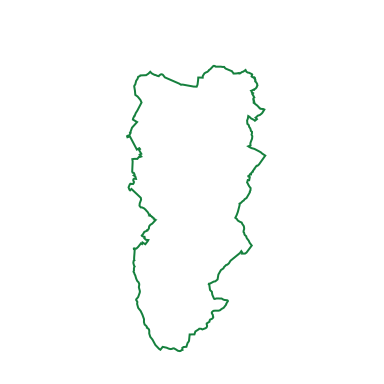 Ceica, Bihor, Romania, rotated 146°
{"feature_id": "2599482B26005184493765", "entity_name": "Ceica", "entity_type": "district", "adm_level": 2, "iso_a3": "ROU", "parent_name": "Romania", "parent_adm1": "Bihor", "projection": "orthographic", "projection_center": [22.182, 46.874], "detail": "fine", "context": "isolated", "style": "outline", "palette": "green", "viewbox_px": 384, "rotation_deg": 146, "n_neighbors": 0, "source": "geoboundaries", "source_scale": "gbopen_adm2", "svg_char_len": 5972}
<svg xmlns="http://www.w3.org/2000/svg" viewBox="0 0 384 384"><g transform="rotate(146 192 192)"><path d="M214.9,273.5L212.4,272.8L214.0,258.0L211.2,257.8L211.1,256.7L212.4,256.6L212.7,252.0L214.4,252.2L214.2,249.8L215.8,250.2L216.2,250.8L218.8,250.0L221.4,251.8L223.1,252.6L224.2,250.4L230.2,242.3L230.4,241.2L229.6,240.5L229.6,240.1L229.8,238.6L230.0,238.3L231.0,238.3L230.3,236.5L231.1,234.2L232.5,235.4L233.5,235.3L234.2,234.5L234.5,233.3L234.5,232.7L235.7,231.8L236.4,231.6L237.5,232.5L238.0,232.6L238.5,233.3L239.3,233.1L242.0,231.3L242.6,228.9L242.4,228.0L240.5,228.4L237.7,215.8L238.5,214.1L241.7,211.8L243.2,210.0L243.1,207.9L242.1,207.2L240.9,205.3L240.6,203.9L240.4,203.6L240.3,202.0L240.0,200.6L240.0,199.2L240.3,197.0L239.6,196.7L239.8,196.2L239.7,195.9L240.2,195.9L239.2,194.7L239.1,193.4L238.8,193.3L238.6,192.0L238.4,191.7L238.7,191.3L238.5,191.0L238.4,191.0L238.4,190.3L238.1,189.9L238.7,189.7L239.0,189.0L238.8,188.9L242.7,188.0L244.8,188.1L246.5,187.6L247.3,186.9L248.1,185.9L249.4,185.3L250.5,185.5L250.7,185.0L253.8,185.6L256.3,184.4L258.0,184.0L258.0,183.5L257.3,182.2L256.4,181.4L256.6,180.8L257.4,180.3L256.9,178.1L255.1,176.6L256.0,176.1L259.9,174.8L261.2,177.7L261.9,176.9L262.5,176.7L263.0,178.0L267.3,176.6L269.7,176.2L270.5,176.6L271.5,177.7L271.8,177.7L272.1,177.1L271.8,176.7L271.7,176.4L271.9,176.3L272.0,175.8L272.4,175.5L273.0,174.6L276.7,169.9L278.0,168.0L278.0,167.6L278.8,167.6L280.0,166.4L280.5,165.5L281.2,163.3L281.2,162.3L281.8,162.1L282.9,161.1L284.0,159.4L285.1,158.6L285.1,157.4L285.5,156.3L285.7,154.5L286.7,151.5L287.1,149.2L287.1,148.5L286.8,147.1L287.1,145.5L287.6,144.6L289.3,142.8L290.0,140.9L290.4,139.6L290.8,138.7L291.6,137.8L295.4,135.0L298.3,134.2L298.7,133.6L298.7,132.0L298.8,131.4L300.1,129.9L301.4,126.0L301.1,122.1L301.7,118.1L302.9,113.4L304.6,111.0L305.4,108.6L304.8,106.5L304.9,105.0L305.3,104.7L304.6,103.1L304.6,102.0L305.1,100.7L306.6,98.6L307.6,95.2L307.3,91.8L307.9,85.7L307.0,80.3L306.4,78.9L302.9,80.0L300.1,77.1L299.0,75.3L297.8,73.9L296.5,73.2L295.3,73.0L294.4,72.5L293.3,70.3L292.5,68.3L291.2,67.0L290.3,66.6L288.9,66.8L288.2,66.4L287.2,68.2L285.7,68.2L283.2,66.8L280.1,69.3L278.3,69.9L277.6,70.4L273.6,75.2L269.6,72.6L267.2,74.5L263.3,74.4L262.5,74.6L260.9,73.5L260.3,72.3L257.0,71.5L255.8,71.5L254.9,72.0L254.2,72.8L253.7,74.3L253.3,74.8L250.1,74.7L249.0,75.8L248.2,76.1L246.6,75.7L245.4,75.8L244.3,76.4L244.1,77.4L243.5,78.3L243.4,80.2L243.2,80.8L242.2,81.4L240.7,81.5L239.2,80.7L236.2,78.7L234.8,78.3L233.0,78.5L230.5,78.3L226.6,79.6L226.1,80.2L223.2,81.5L223.1,82.0L223.3,82.5L225.5,84.4L226.3,85.5L227.0,87.1L231.3,90.1L233.0,90.6L233.4,91.2L232.6,95.5L231.3,98.3L231.7,99.7L231.8,100.8L229.6,105.3L229.7,106.2L229.2,106.5L228.2,106.0L224.2,105.6L222.6,104.9L219.7,105.2L216.3,108.8L211.7,111.1L208.6,111.1L207.6,111.8L204.4,112.4L203.4,112.0L201.4,112.2L198.5,113.5L186.4,114.6L184.2,115.4L184.2,114.0L184.5,113.8L184.6,113.1L184.9,112.9L182.5,111.3L180.7,111.3L172.4,114.2L172.6,117.7L172.2,119.9L172.4,122.7L172.3,123.8L171.8,125.0L172.3,126.9L172.2,127.6L171.6,129.0L171.7,129.9L171.1,130.8L169.4,132.2L168.5,133.8L168.1,135.1L168.2,137.2L167.9,138.9L169.0,140.6L170.0,142.8L169.9,144.4L170.5,146.4L168.0,147.8L165.2,149.8L160.2,154.2L159.4,155.0L159.3,155.7L159.0,155.8L157.8,155.6L155.1,156.1L153.9,156.0L152.4,156.6L150.2,156.5L144.2,159.4L143.9,159.7L143.8,160.1L142.6,160.7L141.2,162.5L141.4,164.8L141.2,165.9L141.3,166.4L141.2,166.9L141.0,167.8L141.0,169.1L139.1,170.7L138.0,169.8L135.8,172.0L136.6,173.3L136.5,173.7L135.1,173.7L133.9,174.3L133.2,173.6L132.3,174.6L131.6,174.7L131.3,174.9L130.1,174.8L129.7,175.5L127.3,176.2L127.2,176.5L126.0,176.8L124.9,177.3L123.7,177.6L123.0,177.1L121.0,177.4L110.9,181.2L112.4,184.8L112.7,186.3L113.7,188.3L116.2,192.9L118.2,195.2L119.4,197.4L119.8,198.4L117.4,197.9L117.1,198.6L116.3,199.8L115.3,200.6L112.4,202.6L110.9,204.4L110.7,204.8L110.6,206.2L109.5,207.1L108.6,208.4L109.0,209.7L108.5,210.9L108.1,212.3L108.2,213.8L107.6,215.6L107.6,216.4L108.0,217.2L107.9,217.7L106.3,220.5L104.8,221.5L102.9,223.5L102.3,222.2L102.1,220.8L101.9,220.0L100.3,217.1L100.0,215.9L97.4,216.1L97.7,218.1L96.8,218.1L94.8,218.5L92.7,217.9L90.2,218.1L88.9,218.5L88.7,218.7L88.0,218.9L87.6,219.3L87.1,219.3L85.9,219.9L86.5,220.9L88.7,222.7L89.1,223.5L88.9,223.7L88.9,224.1L89.2,224.8L89.5,226.9L91.0,231.5L90.6,231.9L90.3,231.8L90.3,232.2L89.9,232.2L89.4,233.4L89.7,233.5L89.7,233.9L89.2,234.9L88.7,235.3L87.5,235.5L87.3,238.4L87.2,238.4L87.3,239.4L87.0,240.0L86.7,240.0L86.5,239.7L86.1,239.8L86.6,241.0L86.6,241.7L86.2,242.2L86.3,242.8L84.5,242.4L84.4,242.5L83.4,242.4L83.2,242.0L82.6,242.3L81.5,242.2L79.9,242.6L79.7,242.9L78.2,243.7L78.2,244.2L77.6,244.9L77.4,247.2L77.7,247.9L77.7,248.6L77.2,249.2L76.8,249.3L76.8,250.1L76.7,250.0L76.4,250.7L76.6,251.4L76.1,251.5L76.1,251.8L76.2,252.3L77.6,253.3L78.0,254.5L76.4,255.7L76.4,256.1L78.1,259.1L78.7,259.5L79.1,260.0L79.6,261.2L79.6,261.8L79.4,263.2L82.2,263.1L83.3,263.5L86.1,263.5L87.2,264.4L87.0,264.6L89.2,265.6L91.3,267.0L91.2,267.3L91.4,269.0L91.3,269.7L95.1,275.5L95.3,276.3L95.4,277.7L96.9,278.7L98.0,279.8L102.3,282.7L102.6,283.2L102.6,283.7L103.4,284.4L104.0,284.5L108.1,283.6L109.8,283.6L110.1,283.3L112.0,283.0L114.0,283.4L115.4,283.4L118.1,282.2L119.2,280.8L121.9,282.8L122.8,283.4L124.4,281.3L127.4,277.9L129.2,276.7L129.5,276.9L131.7,278.5L139.4,286.0L140.4,286.8L141.1,287.0L142.0,289.0L150.4,302.2L150.6,305.3L150.8,305.9L151.5,306.7L152.4,307.0L154.1,306.9L154.8,306.6L155.8,307.7L156.9,309.5L157.3,309.7L158.1,311.0L159.1,313.0L159.4,315.0L161.9,314.5L164.7,314.5L169.6,317.5L169.9,317.3L170.8,317.3L172.2,317.6L173.8,316.3L176.1,315.4L178.9,312.9L180.3,312.4L180.9,311.8L182.6,308.0L184.7,304.2L183.7,301.5L183.6,300.6L183.3,297.2L183.8,294.4L191.9,290.0L194.5,288.9L196.8,287.3L197.1,287.1L197.3,287.3L199.7,285.9L200.5,285.1L198.4,280.7L205.7,278.9L209.4,276.2L210.1,275.9L209.9,275.3L212.7,273.9L213.8,274.6L214.6,274.6L214.9,273.5Z" fill="none" stroke="#15803d" stroke-width="2"/></g></svg>